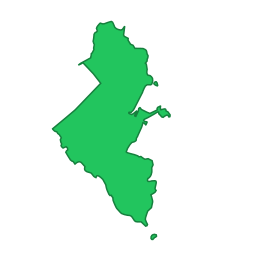 Ngerkebesang, Palau, rotated 205°
{"feature_id": "81905179B69060738119315", "entity_name": "Ngerkebesang", "entity_type": "district", "adm_level": 2, "iso_a3": "PLW", "parent_name": "Palau", "parent_adm1": "", "projection": "equal_earth", "projection_center": [134.445, 7.355], "detail": "fine", "context": "isolated", "style": "filled", "palette": "green", "viewbox_px": 256, "rotation_deg": 205, "n_neighbors": 0, "source": "geoboundaries", "source_scale": "gbopen_adm2", "svg_char_len": 5045}
<svg xmlns="http://www.w3.org/2000/svg" viewBox="0 0 256 256"><g transform="rotate(205 128 128)"><path d="M192.3,94.2L191.0,94.5L189.4,93.4L187.3,92.9L186.3,92.2L185.3,91.6L184.3,90.9L184.3,90.5L184.4,88.9L183.7,87.9L182.9,86.8L181.5,85.6L181.4,85.5L181.3,84.6L181.2,83.7L180.3,83.0L179.5,82.7L178.4,82.4L176.2,84.9L175.7,84.7L174.5,84.4L173.4,82.7L173.9,81.6L174.1,81.1L174.1,79.7L170.8,77.4L166.6,74.7L165.5,74.5L164.9,74.3L163.2,74.4L161.6,73.3L160.8,72.9L160.2,74.2L159.9,74.8L159.8,75.0L159.1,75.8L158.1,76.8L156.3,77.1L154.8,76.6L150.7,74.8L150.4,73.3L149.7,72.0L148.7,71.3L146.7,71.0L142.8,71.6L141.7,71.3L139.1,70.0L138.5,69.7L137.3,69.5L136.9,69.5L136.1,69.5L136.1,71.4L135.1,72.1L134.1,72.1L131.9,71.7L129.1,70.8L124.1,67.1L122.9,65.4L122.0,64.3L121.8,64.0L120.1,62.3L119.5,61.8L117.2,59.8L115.7,59.2L115.6,59.3L114.6,60.0L113.6,59.1L112.7,58.7L112.4,58.6L110.9,56.1L109.0,54.3L107.7,53.1L105.3,51.1L104.1,50.3L99.4,48.3L97.8,47.8L94.8,48.0L91.6,48.7L89.3,49.5L88.2,49.5L87.1,49.2L86.9,49.1L85.0,48.0L83.1,46.8L82.3,46.6L81.8,46.4L80.1,46.8L76.4,48.5L70.5,46.5L70.1,46.9L69.5,47.5L69.6,48.9L69.8,49.0L71.9,50.7L73.6,52.4L74.2,54.1L74.7,57.9L75.0,61.0L74.1,63.2L73.9,63.8L73.8,64.0L73.1,65.7L74.1,70.1L74.4,71.4L75.0,72.5L77.7,75.8L79.0,77.1L77.1,79.9L76.4,81.1L76.1,83.2L77.9,84.4L78.4,86.5L79.0,89.3L79.1,89.7L79.5,90.8L80.2,91.6L81.3,91.6L84.1,90.1L85.0,89.3L86.4,88.4L87.3,88.1L88.3,88.8L88.5,89.8L88.7,90.6L88.2,91.3L87.7,92.2L87.4,93.6L87.3,94.0L87.3,94.3L87.3,95.7L87.6,96.9L87.6,97.4L88.0,98.6L88.9,100.5L89.7,102.0L89.7,105.2L92.2,108.4L92.4,108.6L93.1,108.6L93.9,108.6L96.8,108.7L99.5,106.8L101.9,107.1L104.3,107.6L105.8,106.5L107.4,106.9L110.6,106.6L111.4,106.5L112.3,106.3L116.2,105.6L118.4,105.3L119.5,105.6L119.8,109.4L119.2,113.9L118.4,116.5L116.4,118.3L116.1,118.7L115.4,120.0L115.5,120.7L116.1,122.5L116.0,123.2L115.8,124.1L115.9,125.4L116.0,134.6L116.5,138.3L116.7,139.0L115.7,139.2L115.4,139.2L113.2,138.4L113.1,138.8L113.1,139.2L113.1,140.6L113.2,141.4L113.9,141.5L114.6,141.3L115.3,141.1L116.1,141.1L116.5,141.2L116.8,141.3L117.0,141.5L117.0,142.5L116.2,143.6L114.6,145.5L111.9,149.2L111.4,150.0L110.6,151.0L109.1,153.3L107.9,155.0L107.1,155.4L107.0,155.2L106.6,154.6L106.4,154.4L105.9,153.8L105.5,153.7L104.9,153.5L103.4,152.9L103.0,152.7L102.3,152.3L100.7,152.5L100.2,153.4L99.8,154.2L98.3,156.1L97.6,156.3L97.3,156.3L96.6,156.2L96.0,155.4L95.5,155.3L95.1,155.7L94.8,156.0L95.0,156.6L95.1,157.0L95.6,157.9L96.6,158.3L97.1,158.5L97.7,159.0L97.9,159.2L98.9,159.5L99.7,159.5L100.3,159.6L100.5,159.6L100.8,159.6L101.0,159.9L101.1,160.1L101.4,160.5L101.9,160.9L102.5,160.9L103.2,160.6L104.5,159.6L105.1,159.1L105.4,158.9L105.5,158.7L105.9,158.4L106.2,158.4L106.3,158.6L106.6,158.8L106.8,159.4L107.2,160.0L107.6,160.8L107.6,161.3L107.7,161.5L108.1,161.5L108.4,160.9L109.7,159.4L109.9,158.4L109.8,157.7L109.7,157.5L109.2,157.2L109.3,156.6L109.4,156.4L114.3,150.5L117.6,150.3L120.9,150.4L122.3,150.4L123.9,150.5L125.1,151.3L125.7,151.5L125.8,151.5L126.5,150.3L125.8,147.5L125.8,146.0L125.8,143.1L125.8,142.2L125.8,141.8L126.8,141.7L127.3,142.3L127.2,147.5L129.2,143.3L130.0,142.2L130.4,141.7L133.1,141.6L133.6,141.8L133.7,142.0L133.8,142.5L133.4,142.9L132.8,143.1L132.2,143.3L131.9,143.5L131.7,143.5L131.6,144.1L130.7,146.7L130.5,149.2L130.5,149.9L130.1,161.1L129.9,166.5L130.1,168.0L130.1,169.7L130.2,170.7L130.1,171.2L130.0,173.3L128.9,175.3L125.6,176.8L125.0,178.1L125.4,180.7L125.5,181.1L125.8,181.7L126.8,183.4L128.5,184.4L130.1,184.8L130.6,184.7L132.3,184.3L133.3,184.9L134.3,186.0L135.0,187.7L135.4,189.2L137.9,192.9L138.5,193.7L139.7,194.1L139.3,195.5L139.0,196.6L139.2,197.2L139.7,198.5L139.7,198.8L139.7,199.9L140.3,201.9L140.9,202.4L141.9,203.1L143.6,205.4L144.1,205.8L144.5,206.1L145.8,206.4L147.9,206.4L150.3,205.4L155.4,203.1L158.2,205.0L158.4,205.1L161.2,205.0L161.4,205.2L165.1,207.6L165.7,209.3L170.1,209.5L171.3,210.4L174.0,218.9L174.4,216.8L174.7,215.0L175.8,213.8L176.1,213.7L177.7,213.3L179.0,213.1L179.5,213.1L180.4,213.1L182.4,213.6L185.6,216.5L186.8,217.4L188.2,217.5L190.7,215.3L193.2,212.8L193.5,212.5L194.8,211.7L197.5,211.3L198.1,209.7L198.5,208.1L198.6,207.7L198.8,206.4L198.7,205.6L198.7,205.0L198.1,204.4L196.8,202.9L197.2,201.5L198.0,200.8L198.3,199.6L198.3,198.3L198.1,197.9L197.2,195.3L196.6,193.3L196.3,191.9L195.9,191.5L195.1,190.5L194.6,190.0L193.8,189.4L192.9,185.8L192.1,184.9L192.1,183.0L192.2,181.0L192.7,179.8L192.1,178.4L191.8,176.9L191.5,175.8L198.4,166.4L199.3,164.6L199.6,164.0L197.7,166.2L196.4,168.1L182.3,162.5L171.6,157.0L183.4,122.5L183.9,121.3L188.8,110.7L194.6,98.4L196.0,95.4L195.5,95.0L193.3,94.2L192.3,94.2ZM58.3,37.9L58.0,38.6L57.9,39.0L57.7,39.9L56.9,40.8L56.4,41.9L57.2,43.1L57.4,43.0L58.9,42.9L59.4,42.5L60.2,42.0L61.0,40.7L61.0,40.2L61.1,39.3L60.5,37.7L60.4,37.6L59.5,37.1L59.2,37.1L58.4,37.5L58.3,37.9ZM119.1,178.9L119.1,179.2L119.4,179.6L119.9,180.1L120.5,181.0L121.0,181.3L121.9,181.8L122.8,181.4L123.4,180.1L123.3,179.1L122.3,178.6L121.0,178.5L120.6,178.4L119.9,178.5L119.2,178.6L119.1,178.9Z" fill="#22c55e" stroke="#15803d" stroke-width="1.5"/></g></svg>